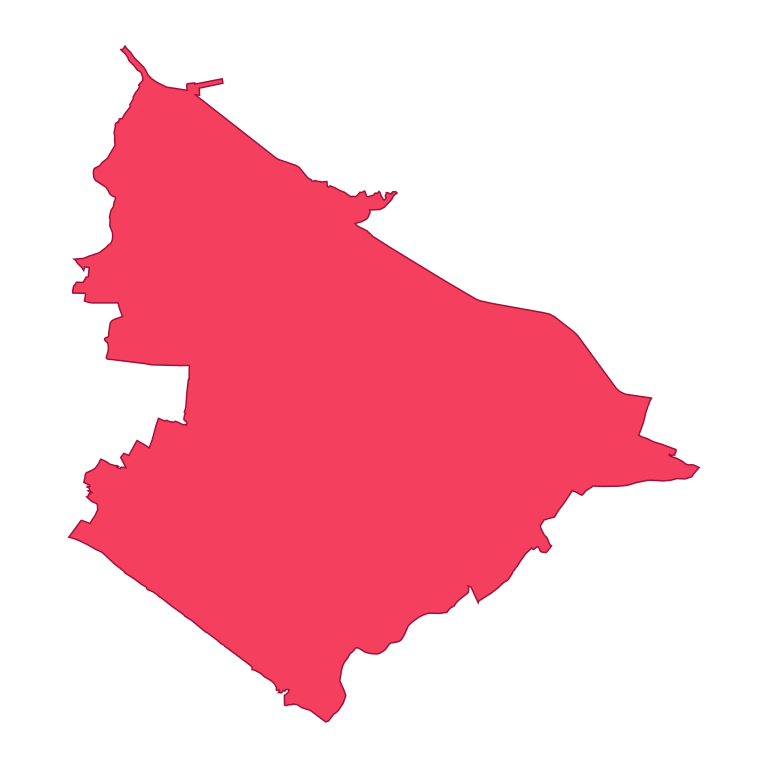 Livezile, Mehedinti, Romania
{"feature_id": "2599482B92373301831218", "entity_name": "Livezile", "entity_type": "district", "adm_level": 2, "iso_a3": "ROU", "parent_name": "Romania", "parent_adm1": "Mehedinti", "projection": "mercator", "projection_center": [22.853, 44.538], "detail": "fine", "context": "isolated", "style": "filled", "palette": "rose", "viewbox_px": 768, "rotation_deg": 0, "n_neighbors": 0, "source": "geoboundaries", "source_scale": "gbopen_adm2", "svg_char_len": 6021}
<svg xmlns="http://www.w3.org/2000/svg" viewBox="0 0 768 768"><path d="M674.8,455.0L674.6,454.3L676.1,451.3L676.0,449.6L661.8,444.3L653.2,441.7L647.4,438.7L642.0,436.9L638.8,435.3L643.0,423.7L644.7,417.8L645.2,414.7L647.8,406.4L648.9,404.2L649.0,402.8L651.5,398.1L625.4,394.2L619.5,391.4L616.2,388.3L577.3,335.1L573.4,331.5L554.3,316.6L549.2,314.0L544.3,312.9L492.4,303.5L480.1,300.8L476.2,299.3L443.4,280.0L389.7,247.2L372.8,236.4L367.1,230.9L357.6,226.1L355.1,223.7L358.8,222.3L361.5,221.8L366.7,218.9L368.2,217.0L369.7,213.4L370.1,212.0L369.5,210.0L379.8,209.5L384.2,207.4L391.7,199.5L392.9,196.9L394.6,194.8L397.1,193.0L395.9,191.8L393.3,191.6L391.9,192.5L391.9,193.6L390.9,194.1L387.4,192.6L386.3,192.6L386.1,194.5L385.5,195.2L385.3,196.1L386.3,197.7L384.5,200.0L383.5,199.8L381.2,195.9L379.9,192.4L379.1,191.4L377.1,193.6L376.1,193.0L374.5,193.5L374.1,194.9L368.4,196.7L367.2,196.7L366.5,196.3L365.6,192.9L364.6,191.0L361.3,192.6L359.9,192.2L357.4,195.3L355.7,196.7L352.7,196.3L351.1,196.7L349.2,195.7L344.6,192.3L340.0,190.6L334.7,187.7L330.2,185.8L328.4,187.1L327.4,186.7L326.9,181.5L321.2,182.0L319.9,181.4L318.5,181.6L316.6,181.1L315.8,180.4L313.5,181.2L312.1,181.1L310.9,179.6L307.7,177.8L299.8,168.1L298.4,166.8L295.9,165.4L278.6,159.5L276.1,158.1L195.3,94.8L195.7,94.5L199.6,95.3L199.2,88.2L222.9,83.2L222.2,78.8L194.9,84.1L194.7,82.9L187.3,83.7L186.6,85.3L187.3,90.3L166.5,87.1L156.7,82.2L151.2,78.4L147.8,74.7L145.8,70.4L143.8,67.3L133.8,57.3L130.7,52.5L126.7,48.5L125.1,46.1L122.7,49.5L120.9,49.5L121.2,50.2L125.3,53.8L127.8,57.3L128.6,59.8L129.6,61.4L134.4,66.0L137.3,70.1L139.7,71.4L141.5,73.2L142.6,77.2L142.7,79.9L142.7,80.5L139.0,84.6L138.7,85.4L139.5,86.4L139.5,87.0L137.7,90.1L135.8,92.2L133.1,97.2L133.2,99.1L129.9,104.6L130.2,106.9L124.9,113.7L122.1,118.7L119.3,118.9L119.0,120.6L117.6,122.1L118.2,122.6L116.4,122.8L115.6,123.5L115.3,124.5L115.2,127.5L114.1,132.5L114.7,136.5L114.6,140.8L115.1,145.3L109.6,154.4L107.6,158.2L102.1,162.6L99.7,165.7L94.3,168.5L93.5,170.8L93.3,172.6L93.8,177.1L94.2,178.4L95.6,180.5L105.6,187.0L108.2,190.4L109.4,193.2L110.4,194.4L111.7,195.6L115.0,197.1L115.6,198.0L113.9,203.0L113.4,206.6L110.8,210.8L109.4,217.6L110.1,218.9L109.8,225.9L112.4,232.4L112.7,235.6L112.4,239.2L111.7,241.6L110.6,243.4L107.9,245.5L105.8,247.7L99.2,252.8L88.8,256.2L83.9,258.3L74.1,259.2L75.3,260.0L78.4,264.3L81.4,267.0L83.7,270.5L84.7,267.0L89.2,267.5L88.3,276.7L87.8,277.1L86.2,277.0L83.2,282.4L76.4,282.2L74.6,285.4L73.7,285.7L72.7,290.5L72.8,292.7L72.9,293.1L85.4,293.2L85.4,295.6L84.4,301.0L89.5,302.6L92.4,302.9L118.1,302.9L119.4,308.3L122.5,316.5L114.0,319.5L111.9,320.9L110.2,322.9L108.6,333.9L108.8,334.7L108.7,335.8L107.7,337.0L104.9,338.3L104.6,339.2L105.2,340.8L107.4,342.6L108.0,343.6L108.4,348.8L107.9,351.7L106.2,357.5L107.2,359.0L145.8,363.7L151.3,364.8L181.0,365.6L189.0,365.4L189.3,365.7L189.1,377.8L189.4,379.0L188.4,379.4L186.9,392.1L185.9,406.6L185.4,409.0L184.4,411.7L184.4,412.6L185.5,413.6L184.4,415.7L183.9,419.1L184.0,419.9L186.5,422.0L187.0,423.1L186.5,425.1L184.2,424.5L182.9,424.7L176.8,421.7L175.0,421.3L173.8,422.4L172.0,421.7L171.4,422.3L166.4,420.2L165.1,421.2L158.5,418.3L156.2,425.0L152.4,439.2L149.2,447.9L143.9,444.4L137.0,440.5L128.8,455.4L123.9,453.3L120.7,457.4L126.0,467.7L121.4,467.1L120.6,467.7L120.3,468.7L116.7,467.2L117.2,466.4L118.1,466.3L117.3,465.7L115.0,465.6L109.6,464.1L107.6,462.5L103.8,460.4L100.6,459.2L98.6,463.6L95.5,467.9L93.1,469.7L86.3,472.8L85.3,474.6L84.9,477.9L83.8,482.5L89.6,485.1L89.8,486.5L87.2,486.3L87.1,487.2L88.8,487.7L90.0,490.5L88.1,490.8L89.3,491.7L92.0,492.5L91.8,493.0L90.0,492.9L89.6,494.2L88.5,494.2L88.7,495.6L86.6,496.8L91.7,501.5L96.5,503.5L97.3,504.5L97.7,509.9L94.7,516.1L91.4,520.9L90.2,523.5L81.6,520.3L81.0,520.6L68.8,537.2L73.5,538.4L79.3,540.7L87.6,544.7L95.6,549.3L102.1,552.3L114.8,564.2L124.0,571.3L124.5,572.4L125.4,573.2L134.9,579.3L142.0,584.7L146.2,587.0L147.3,589.4L152.5,591.5L157.7,595.0L158.7,596.3L162.0,598.4L171.7,606.1L183.4,614.4L185.2,616.4L191.6,620.4L205.6,632.0L207.1,632.6L212.4,636.6L217.3,640.2L220.9,643.5L224.0,645.2L224.5,646.0L249.3,664.5L252.1,667.1L252.0,669.6L255.0,670.3L260.7,673.4L264.8,677.0L271.0,680.6L273.8,683.1L275.1,684.7L276.4,687.5L276.4,690.2L278.8,689.8L279.3,690.6L278.5,692.4L279.6,692.0L280.0,692.9L281.9,692.6L283.0,690.7L284.2,690.6L284.9,691.2L285.5,689.8L286.1,689.3L287.4,689.7L288.1,689.4L289.0,690.0L288.6,691.7L286.0,694.5L284.4,695.3L284.5,704.9L285.5,705.6L289.7,704.7L292.3,704.7L293.0,704.0L297.6,704.8L300.3,706.8L302.5,707.9L310.4,710.4L325.6,721.9L328.0,721.2L328.9,720.5L333.7,714.1L335.7,712.9L338.4,710.5L343.2,703.1L345.8,695.8L344.5,691.5L339.8,680.7L341.0,673.9L341.1,671.8L342.7,665.7L344.3,662.4L347.9,657.7L349.5,654.4L353.8,650.5L355.3,648.4L356.2,647.8L358.4,648.0L365.5,652.3L370.9,653.6L376.8,654.0L378.6,653.7L381.3,652.4L385.2,649.7L389.0,644.5L390.6,643.1L396.4,642.1L399.4,641.2L400.9,640.1L402.0,638.8L404.7,634.0L408.3,625.7L411.8,622.3L418.4,617.5L422.7,615.2L427.0,613.6L429.4,613.2L440.0,613.4L446.9,612.3L449.8,608.5L454.3,605.7L456.5,602.4L459.5,599.5L467.6,593.1L468.2,592.4L468.6,590.8L468.6,587.2L468.2,586.0L471.1,587.2L478.2,602.8L478.9,600.9L490.9,593.3L498.0,587.9L502.2,583.8L505.0,581.6L507.0,580.7L508.5,579.2L511.7,574.3L513.3,571.0L514.4,570.0L516.2,567.1L517.3,566.2L520.5,560.9L525.8,553.5L531.7,548.1L533.3,549.5L534.9,548.7L536.6,547.0L537.9,546.8L539.5,548.8L540.3,551.2L542.0,552.1L546.1,552.6L550.4,547.5L551.6,545.8L549.7,544.6L547.5,538.8L546.4,537.1L544.3,535.1L543.1,532.8L541.0,528.6L540.4,526.3L540.6,525.3L544.2,519.8L554.5,517.0L558.4,510.5L564.7,502.2L572.2,490.7L575.8,492.0L581.7,495.2L582.8,494.5L586.1,490.6L593.4,486.0L601.7,486.4L617.9,486.2L627.0,485.4L636.7,482.5L646.7,480.5L650.4,480.2L663.5,480.9L670.9,480.2L676.9,478.6L685.2,478.9L691.9,476.7L693.3,474.3L699.2,467.5L693.6,465.0L691.4,464.7L688.5,465.0L685.3,463.8L682.7,461.5L677.3,458.6L670.3,456.1L669.1,455.2L669.6,454.2L670.0,454.7L672.0,455.2L674.8,455.0Z" fill="#f43f5e" stroke="#9f1239" stroke-width="1.5"/></svg>